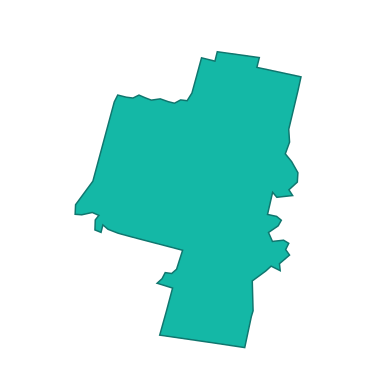 Coronel Pilar, Rio Grande do Sul, Brazil (Mercator projection), rotated 284°
{"feature_id": "56859067B30829214865889", "entity_name": "Coronel Pilar", "entity_type": "district", "adm_level": 2, "iso_a3": "BRA", "parent_name": "Brazil", "parent_adm1": "Rio Grande do Sul", "projection": "mercator", "projection_center": [-51.722, -29.258], "detail": "fine", "context": "isolated", "style": "filled", "palette": "teal", "viewbox_px": 384, "rotation_deg": 284, "n_neighbors": 0, "source": "geoboundaries", "source_scale": "gbopen_adm2", "svg_char_len": 1045}
<svg xmlns="http://www.w3.org/2000/svg" viewBox="0 0 384 384"><g transform="rotate(284 192 192)"><path d="M330.1,269.9L328.6,224.8L338.7,224.8L334.2,182.6L324.5,182.6L324.5,168.8L305.4,168.4L288.0,168.0L279.4,165.2L278.6,158.7L273.9,153.5L273.9,147.1L274.7,138.7L271.3,130.3L272.1,123.8L273.2,117.1L268.9,112.0L268.1,105.3L268.1,96.5L260.6,94.8L178.5,93.2L151.5,82.1L142.1,84.0L143.2,90.5L148.0,100.2L146.8,107.3L141.5,104.9L131.7,107.0L130.8,113.5L138.5,113.5L135.5,119.5L134.1,130.5L133.8,144.7L133.2,197.0L113.3,195.7L108.0,192.0L107.3,185.5L100.6,183.9L95.0,180.2L94.1,196.4L69.7,196.0L45.3,195.3L50.3,244.6L53.8,280.8L85.6,279.7L91.5,280.0L105.9,276.0L120.3,272.0L133.2,282.7L139.2,286.7L137.0,296.6L143.6,294.2L154.4,301.9L158.8,296.8L165.6,298.3L167.4,292.5L163.5,282.0L171.2,276.0L180.0,283.8L186.2,285.5L188.8,280.0L188.5,270.7L211.2,270.3L207.4,275.6L212.9,290.5L217.6,285.5L227.1,291.8L236.3,290.1L245.6,281.3L251.6,273.3L264.0,274.6L276.2,270.7L316.0,270.3L330.1,269.9Z" fill="#14b8a6" stroke="#0f766e" stroke-width="1.5"/></g></svg>